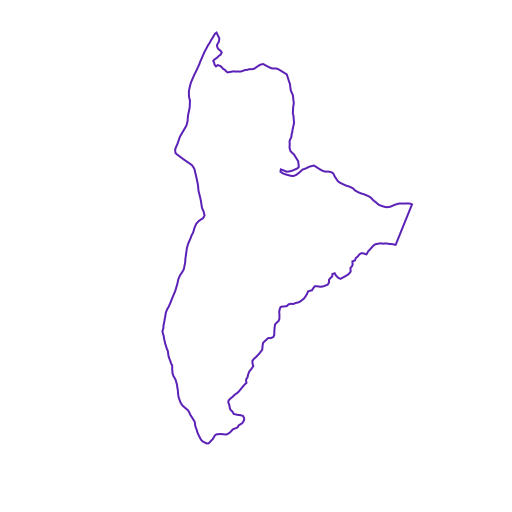 outline of Nova Ipixuna, Pará, Brazil, rotated 22°
{"feature_id": "56859067B5026281924573", "entity_name": "Nova Ipixuna", "entity_type": "district", "adm_level": 2, "iso_a3": "BRA", "parent_name": "Brazil", "parent_adm1": "Pará", "projection": "mercator", "projection_center": [-49.227, -5.013], "detail": "fine", "context": "isolated", "style": "outline", "palette": "violet", "viewbox_px": 512, "rotation_deg": 22, "n_neighbors": 0, "source": "geoboundaries", "source_scale": "gbopen_adm2", "svg_char_len": 4877}
<svg xmlns="http://www.w3.org/2000/svg" viewBox="0 0 512 512"><g transform="rotate(22 256 256)"><path d="M197.4,360.8L198.4,362.3L200.4,364.8L201.6,366.9L204.7,371.3L207.9,375.2L209.7,377.0L210.8,378.7L211.9,380.8L213.0,382.4L216.2,385.8L217.6,387.6L219.1,388.6L220.0,390.5L220.7,392.4L221.6,393.9L222.2,395.6L224.5,398.3L226.5,399.8L228.0,401.1L229.3,402.8L231.3,405.4L232.1,407.1L233.7,409.5L234.8,411.8L235.8,413.7L237.2,416.0L240.5,419.7L241.9,420.9L243.7,422.1L245.8,422.9L250.8,424.5L252.7,426.0L254.4,427.7L256.1,428.9L257.8,430.1L259.4,431.3L261.1,432.5L262.2,434.2L263.0,435.8L264.5,437.7L265.9,439.1L267.3,440.9L268.6,442.4L272.2,445.6L273.9,447.0L276.0,447.9L280.4,448.3L282.1,447.6L282.9,446.0L283.5,444.2L284.4,442.3L284.8,440.1L285.1,437.8L286.1,436.2L289.4,434.5L292.1,433.6L293.9,433.2L295.8,432.3L296.9,431.0L298.1,429.1L298.8,427.2L299.5,425.4L300.8,424.1L302.1,423.0L303.2,421.5L303.4,419.5L305.8,416.3L306.3,414.3L306.4,412.5L305.8,410.8L303.9,409.2L301.5,409.3L298.9,410.1L294.5,410.8L292.6,409.2L290.1,408.2L288.8,407.0L287.9,405.4L286.5,403.5L285.1,402.1L284.7,400.2L285.8,397.5L287.1,395.3L287.7,393.6L288.9,391.5L290.0,389.9L290.9,387.9L292.6,382.4L293.7,379.2L294.7,377.2L293.4,375.2L293.1,373.5L293.6,371.6L293.2,369.8L293.0,365.8L294.2,361.9L294.7,359.1L293.0,356.9L291.9,354.4L292.7,352.0L293.9,349.6L294.7,347.5L295.4,345.8L296.2,343.2L296.9,340.6L295.5,336.0L295.1,333.9L295.8,332.2L298.0,327.6L300.7,326.4L302.4,324.6L302.5,322.4L301.1,318.7L300.1,315.4L299.3,312.5L300.0,310.4L301.3,307.7L301.2,305.4L299.5,301.2L298.4,299.0L297.9,296.3L297.9,294.1L299.4,293.0L301.5,292.0L303.3,290.9L304.3,288.6L306.2,287.3L308.6,286.5L310.3,284.8L313.3,282.6L315.0,280.0L316.4,277.5L317.2,274.3L317.5,271.5L317.5,269.4L319.0,268.1L320.8,266.7L321.1,264.6L321.8,262.1L324.1,261.1L327.1,260.5L329.7,259.0L331.6,257.3L333.2,255.7L333.6,253.1L332.6,250.8L333.3,248.5L334.3,246.5L333.6,244.0L335.5,242.5L337.0,243.9L340.6,245.5L342.9,245.5L347.5,239.9L348.9,237.5L349.6,235.0L348.1,231.9L348.8,229.6L348.8,227.7L347.4,224.9L349.4,223.0L349.3,220.6L350.6,218.2L351.3,215.7L352.5,214.1L354.2,213.4L357.8,213.1L358.3,209.6L359.2,207.3L360.6,203.2L362.0,200.6L364.6,198.9L366.6,197.6L369.4,196.9L371.6,195.7L375.4,194.8L377.7,194.0L381.3,193.3L381.3,149.7L379.3,149.7L377.0,150.4L374.9,151.4L368.9,153.8L365.5,156.5L362.4,159.7L361.0,160.7L358.9,161.8L357.3,162.2L353.8,162.5L350.6,162.5L347.9,161.6L343.3,160.2L340.8,158.9L338.0,158.4L333.0,158.3L330.4,158.6L327.0,158.6L323.2,158.1L321.1,157.1L318.2,156.7L315.9,156.7L313.6,157.0L309.6,156.8L306.2,156.6L304.0,156.0L299.3,152.9L297.6,151.2L296.1,150.3L294.1,150.1L291.9,150.5L288.6,151.8L286.2,152.1L282.8,151.7L275.9,150.4L272.0,153.2L270.4,155.0L268.8,156.7L267.0,158.2L266.0,160.0L264.8,162.6L262.8,165.9L260.7,167.8L258.4,168.6L252.5,169.3L249.7,169.3L247.1,168.7L246.6,166.4L249.3,166.3L252.6,166.4L254.9,165.3L256.3,164.3L258.0,163.0L261.7,159.1L262.3,157.3L259.6,152.3L256.5,150.1L254.9,148.9L253.0,147.5L251.1,146.9L248.8,145.9L246.6,143.2L245.2,139.3L244.1,137.0L244.0,135.1L244.2,132.7L243.4,129.5L243.2,127.5L242.7,125.8L241.4,118.2L240.2,116.0L238.3,112.1L236.8,110.1L234.7,104.1L234.2,101.7L233.5,99.4L232.3,97.5L230.8,94.6L229.7,92.8L227.7,91.0L226.0,89.1L222.9,83.6L221.5,82.1L219.2,79.3L216.5,76.1L207.8,74.6L205.4,74.4L203.6,74.9L200.6,76.1L197.8,76.1L193.7,75.7L190.8,75.3L188.7,76.7L187.5,78.0L184.2,83.0L182.7,84.1L179.6,85.4L178.3,86.6L176.1,87.7L173.6,90.1L171.7,91.2L169.5,91.9L167.9,92.7L166.0,93.2L160.9,96.4L159.1,96.0L157.6,95.1L155.4,94.8L153.6,93.8L151.7,93.2L149.0,93.3L147.9,95.2L145.9,94.1L144.7,92.4L143.3,91.2L143.8,89.5L145.6,86.8L146.3,85.0L147.9,82.3L147.9,80.0L146.0,78.9L144.1,78.4L142.3,77.3L140.9,75.4L140.9,73.6L141.3,71.5L140.9,69.3L140.2,67.6L138.8,66.5L135.7,63.7L134.7,65.3L134.3,68.0L133.9,70.6L133.5,72.7L133.2,75.7L132.6,78.6L131.8,86.0L131.5,96.8L131.6,99.7L131.3,106.0L130.9,111.0L130.7,119.2L130.9,121.7L131.5,125.6L132.1,128.5L133.7,132.3L135.1,134.8L136.5,136.4L137.1,138.2L138.8,142.9L139.3,145.4L139.8,148.4L140.3,151.1L141.9,156.2L142.4,158.8L142.6,161.3L140.9,172.9L140.8,174.8L141.2,181.4L141.0,185.9L141.3,188.0L142.8,190.7L145.0,191.5L153.0,193.6L159.4,195.0L162.4,195.7L164.5,197.0L166.4,198.5L168.9,202.1L171.0,205.0L175.7,212.1L178.2,217.0L182.9,223.5L184.2,225.4L187.2,230.5L188.1,231.9L189.9,233.5L191.6,235.5L193.1,237.7L192.7,241.0L191.0,243.1L189.8,245.1L188.5,248.6L188.4,253.2L188.7,255.3L188.9,258.4L188.5,261.2L188.7,263.6L188.5,268.7L188.6,271.3L189.1,275.3L189.6,277.0L190.4,280.4L191.9,286.2L192.7,288.2L193.7,293.6L194.0,295.7L193.6,298.5L192.9,301.9L192.7,303.9L192.7,306.7L193.1,309.0L193.6,312.1L194.2,318.6L194.2,320.4L194.1,326.4L194.1,328.9L194.2,331.3L194.0,336.2L193.6,338.4L193.6,342.3L194.3,345.1L195.0,348.7L195.5,350.9L196.1,354.3L196.6,356.1L197.2,357.9L197.4,360.8Z" fill="none" stroke="#5b21b6" stroke-width="2"/></g></svg>